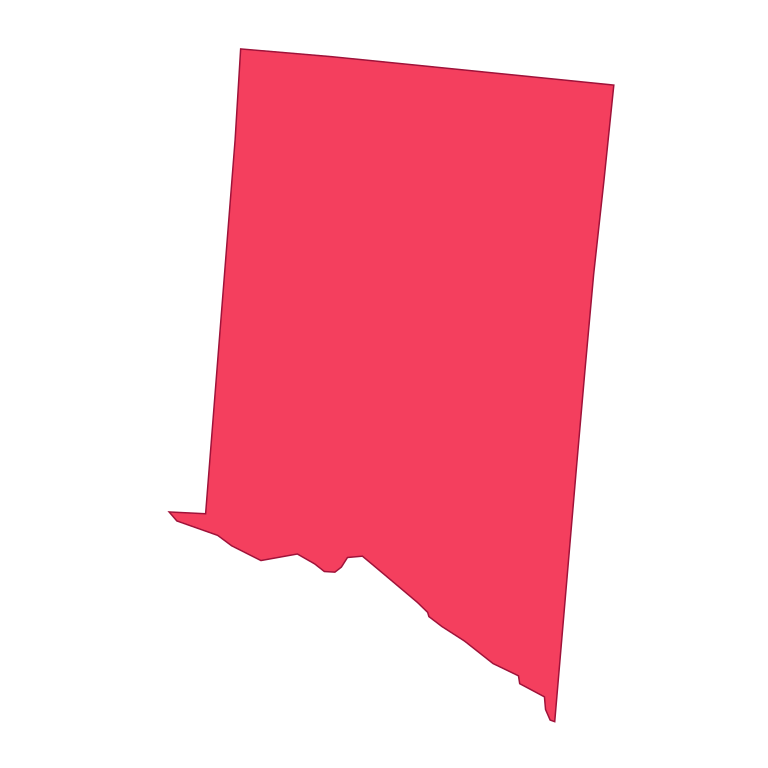 Cheboygan, Michigan, United States of America, rotated 185°
{"feature_id": "52423323B47673888365114", "entity_name": "Cheboygan", "entity_type": "district", "adm_level": 2, "iso_a3": "USA", "parent_name": "United States of America", "parent_adm1": "Michigan", "projection": "albers", "projection_center": [-84.497, 45.493], "detail": "fine", "context": "isolated", "style": "filled", "palette": "rose", "viewbox_px": 768, "rotation_deg": 185, "n_neighbors": 0, "source": "geoboundaries", "source_scale": "gbopen_adm2", "svg_char_len": 610}
<svg xmlns="http://www.w3.org/2000/svg" viewBox="0 0 768 768"><g transform="rotate(185 384 384)"><path d="M586.9,237.8L578.4,229.5L536.5,218.7L521.6,209.5L491.2,197.4L455.5,207.1L437.3,198.7L427.1,192.0L416.5,192.3L410.5,197.9L405.3,207.9L405.2,208.0L390.5,210.6L380.0,203.3L362.6,191.1L331.5,169.2L320.6,160.3L319.0,156.2L305.1,147.4L281.5,135.0L251.0,115.0L224.6,105.0L222.7,97.3L196.9,86.3L194.7,73.8L189.2,63.7L184.5,62.5L185.0,321.0L185.0,415.5L184.7,511.7L182.6,606.4L181.1,701.8L463.8,705.5L556.0,705.3L553.6,614.3L550.4,239.2L586.9,237.8Z" fill="#f43f5e" stroke="#9f1239" stroke-width="1.5"/></g></svg>